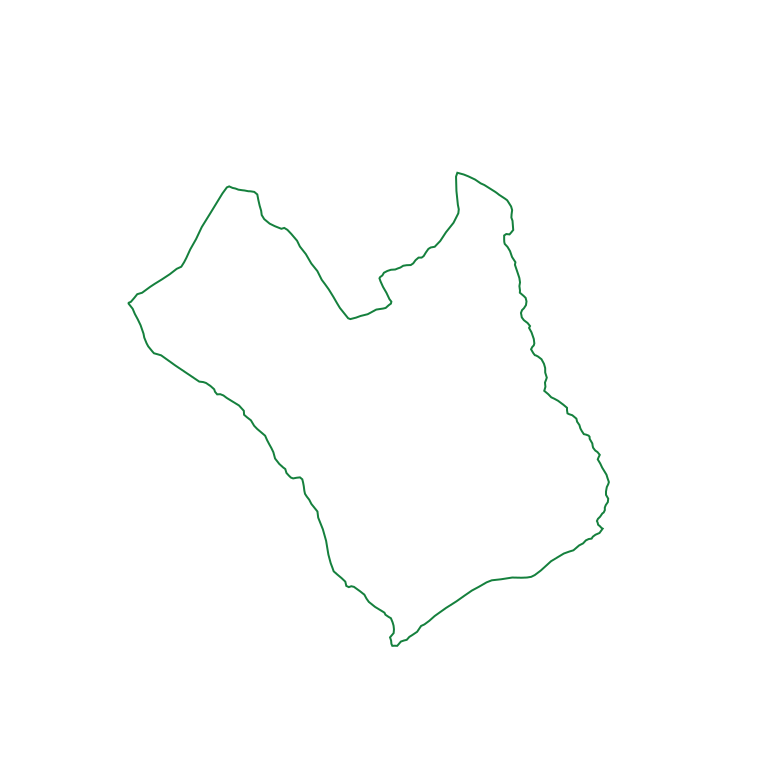 Kiruna, Norrbotten, Sweden, rotated 30°
{"feature_id": "70781695B94600430897975", "entity_name": "Kiruna", "entity_type": "district", "adm_level": 2, "iso_a3": "SWE", "parent_name": "Sweden", "parent_adm1": "Norrbotten", "projection": "orthographic", "projection_center": [20.786, 68.216], "detail": "fine", "context": "isolated", "style": "outline", "palette": "green", "viewbox_px": 768, "rotation_deg": 30, "n_neighbors": 0, "source": "geoboundaries", "source_scale": "gbopen_adm2", "svg_char_len": 4329}
<svg xmlns="http://www.w3.org/2000/svg" viewBox="0 0 768 768"><g transform="rotate(30 384 384)"><path d="M645.7,399.9L644.3,399.9L642.1,399.2L639.8,398.8L638.3,397.2L636.9,396.2L636.7,393.8L637.5,390.9L637.8,387.0L638.5,385.4L638.3,382.8L637.0,380.6L636.6,377.9L636.9,374.4L635.5,371.2L631.7,369.0L630.0,366.1L628.5,361.9L628.3,358.8L627.8,356.5L624.7,353.8L622.0,351.3L614.7,347.3L611.1,344.8L606.8,342.4L606.5,340.2L606.3,337.5L602.9,336.2L600.2,336.0L596.9,334.6L595.6,333.2L594.1,331.3L590.8,329.4L589.5,328.6L588.4,326.9L587.0,326.4L584.4,326.8L582.1,327.5L578.9,325.9L576.3,324.3L573.7,321.8L570.1,320.1L567.9,317.8L562.7,316.9L559.3,317.6L557.6,317.7L555.6,315.2L554.4,313.1L549.9,312.3L543.1,311.5L538.8,311.6L535.5,311.9L531.4,310.7L526.2,309.8L525.2,305.7L522.7,302.3L522.2,299.1L521.8,297.1L517.9,293.5L515.6,289.6L512.4,286.5L508.0,283.8L503.6,283.2L501.4,283.3L500.2,283.6L497.8,282.6L494.0,280.4L493.9,277.8L494.4,275.7L493.9,273.7L491.2,270.1L485.9,265.5L481.6,262.9L481.5,260.8L477.9,259.4L473.2,258.8L470.0,257.4L468.5,255.6L467.1,254.0L466.6,251.0L467.3,248.5L467.5,244.7L466.1,241.2L463.6,238.6L460.9,237.9L456.0,237.0L455.0,235.0L452.3,231.5L451.0,228.0L448.2,224.5L443.7,220.5L437.8,215.3L436.9,212.8L431.4,210.0L426.7,205.9L422.4,203.5L418.5,202.3L417.1,200.8L415.7,198.6L413.8,195.3L414.9,193.0L417.9,191.7L418.4,189.2L418.9,186.0L416.5,182.5L413.7,178.4L411.1,176.2L409.7,173.4L408.0,169.3L405.3,166.7L401.9,164.9L398.8,163.3L396.2,163.0L389.2,162.6L386.4,162.2L384.3,162.0L376.8,161.7L371.4,161.5L367.4,161.9L360.6,161.4L353.2,162.0L348.3,162.7L341.9,164.4L342.7,168.4L350.2,180.6L358.4,191.9L361.4,195.3L363.0,199.0L363.6,209.6L361.8,221.6L361.2,232.0L359.3,239.8L356.2,242.4L354.9,244.8L354.5,249.1L354.4,253.4L353.4,255.7L350.7,257.3L349.4,261.0L349.0,264.9L347.7,267.6L344.2,269.8L341.5,272.0L340.0,274.9L338.1,277.1L336.5,279.2L332.9,281.6L330.4,284.4L328.3,287.7L328.3,290.8L327.2,293.3L327.2,294.7L329.6,296.8L334.6,300.4L340.5,303.8L346.3,307.8L349.2,309.0L349.8,310.9L348.7,313.4L347.4,317.3L345.5,319.1L343.6,320.6L340.1,323.4L335.0,331.7L329.7,336.8L326.6,340.5L322.4,344.6L320.1,345.0L307.8,340.2L302.9,337.5L296.5,333.8L288.9,329.7L282.7,326.9L278.0,324.9L269.8,319.5L260.8,316.0L251.4,310.6L242.4,307.0L237.1,303.4L228.7,300.4L223.3,298.8L219.6,298.7L217.5,300.9L210.6,301.9L204.8,302.3L197.8,301.1L193.6,298.8L191.0,295.4L187.2,291.8L183.2,287.5L179.5,283.2L175.6,282.5L172.2,283.8L170.1,284.9L166.3,286.2L164.5,287.0L160.7,288.5L157.6,289.0L154.8,289.9L151.1,290.3L149.6,292.3L148.8,299.8L148.2,323.4L147.7,339.2L148.8,352.4L148.9,364.3L149.8,373.8L150.0,378.6L149.8,383.8L146.9,387.9L143.6,396.0L139.4,404.4L135.3,412.0L132.9,416.8L128.9,425.9L125.4,429.6L124.7,434.2L123.7,439.4L122.3,441.3L122.6,442.1L128.7,444.5L133.2,447.9L138.4,451.1L143.8,454.8L146.8,457.4L150.5,460.6L153.2,463.7L158.1,467.5L161.0,469.3L167.3,471.7L169.4,472.4L173.7,471.3L176.7,470.6L193.9,472.3L222.8,474.3L226.5,472.7L229.3,472.1L234.8,472.5L239.6,473.5L241.5,475.2L244.7,476.4L247.3,474.7L250.7,474.2L254.7,474.7L261.3,474.9L269.2,475.1L276.0,477.3L278.2,480.6L281.8,481.3L286.9,482.0L292.4,485.1L296.5,486.3L306.9,488.2L310.7,491.0L314.5,493.4L318.5,495.8L322.3,498.4L326.9,503.0L333.3,505.6L338.4,506.7L341.0,507.0L344.0,509.8L347.4,510.9L350.2,511.6L352.5,511.2L355.3,508.8L357.9,506.9L360.9,507.4L363.2,509.8L365.6,512.6L368.5,516.4L370.5,518.6L373.4,520.1L377.1,521.6L381.1,524.2L390.1,527.7L393.8,532.6L403.7,540.4L412.3,548.8L421.1,559.5L427.4,565.8L431.3,569.0L434.1,571.4L439.1,572.4L444.3,573.3L449.3,574.5L452.3,577.7L455.1,577.5L456.8,575.5L459.4,574.7L467.2,575.5L472.4,576.3L476.1,578.6L479.8,580.3L487.6,581.5L498.7,581.8L500.6,583.1L504.5,583.4L507.1,583.4L510.6,586.1L513.1,588.5L515.3,591.5L516.9,594.9L516.5,597.1L515.9,600.4L518.5,602.7L520.3,605.3L522.1,606.6L524.0,605.4L526.4,604.1L527.4,598.6L529.5,596.2L531.6,594.2L532.4,590.3L533.9,587.5L536.6,582.0L537.1,575.0L539.2,572.0L541.6,566.5L543.9,559.6L549.6,547.1L555.4,536.0L559.5,527.1L563.4,518.9L567.5,512.3L572.0,504.5L575.5,500.1L583.0,494.6L591.8,487.5L600.0,483.0L604.6,480.1L607.9,477.4L610.1,474.1L613.1,467.0L617.3,453.9L624.5,440.9L628.4,436.3L631.2,433.3L633.7,426.2L636.1,422.5L637.0,418.5L638.8,415.9L641.1,414.1L641.2,411.8L642.5,408.8L645.1,405.3L645.7,399.9Z" fill="none" stroke="#15803d" stroke-width="2"/></g></svg>